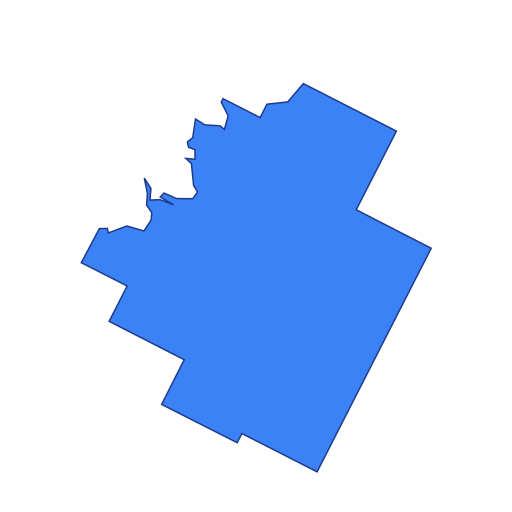 Ramsey, North Dakota, United States of America (Robinson projection), rotated 117°
{"feature_id": "52423323B86703523671903", "entity_name": "Ramsey", "entity_type": "district", "adm_level": 2, "iso_a3": "USA", "parent_name": "United States of America", "parent_adm1": "North Dakota", "projection": "robinson", "projection_center": [-98.806, 48.23], "detail": "fine", "context": "isolated", "style": "filled", "palette": "blue", "viewbox_px": 512, "rotation_deg": 117, "n_neighbors": 0, "source": "geoboundaries", "source_scale": "gbopen_adm2", "svg_char_len": 768}
<svg xmlns="http://www.w3.org/2000/svg" viewBox="0 0 512 512"><g transform="rotate(117 256 256)"><path d="M81.0,187.6L80.9,292.1L104.3,297.7L115.8,315.2L130.8,315.1L130.8,356.8L134.7,356.8L143.8,344.4L157.6,341.6L156.3,347.1L162.4,361.1L161.4,372.1L179.3,366.1L185.5,368.9L189.8,365.4L188.9,358.7L197.5,354.3L200.9,362.8L203.0,355.5L221.5,343.6L225.5,337.1L233.7,338.4L240.9,352.9L241.7,366.6L246.9,368.1L247.8,352.6L249.3,366.9L254.3,375.9L243.5,380.3L237.3,390.9L249.5,381.2L260.3,376.6L264.7,368.6L271.4,365.8L284.6,367.2L287.9,384.7L302.6,398.1L298.9,400.9L302.7,408.0L341.3,408.6L341.2,357.2L380.9,357.2L381.0,272.9L431.1,272.7L430.9,188.0L420.6,188.0L420.6,103.6L169.6,103.4L169.3,187.7L81.0,187.6Z" fill="#3b82f6" stroke="#1e3a8a" stroke-width="1.5"/></g></svg>